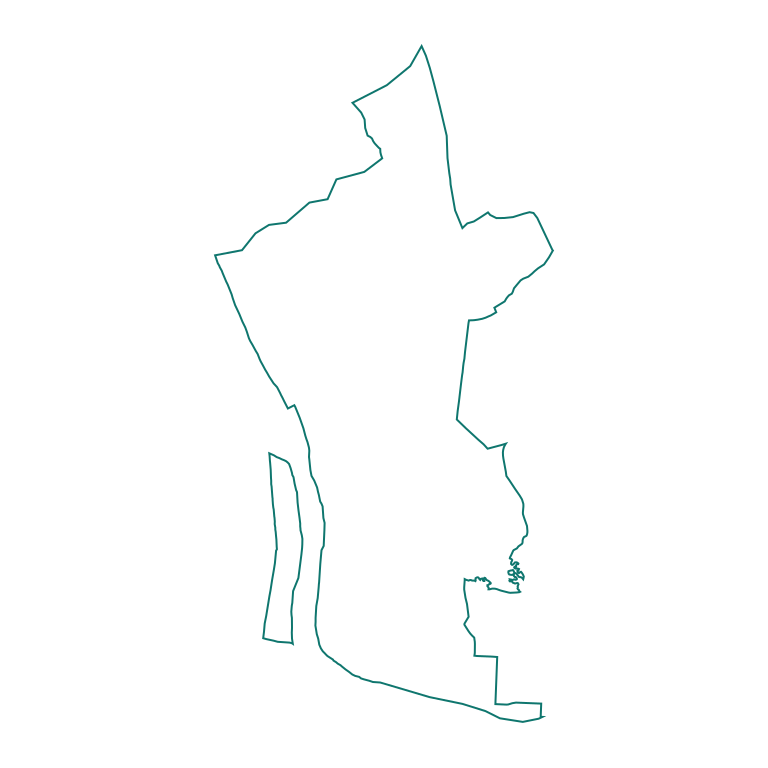 outline of Yangon (West), Yangon, Myanmar
{"feature_id": "60261553B21361013305345", "entity_name": "Yangon (West)", "entity_type": "district", "adm_level": 2, "iso_a3": "MMR", "parent_name": "Myanmar", "parent_adm1": "Yangon", "projection": "natural_earth1", "projection_center": [96.146, 16.837], "detail": "fine", "context": "isolated", "style": "outline", "palette": "teal", "viewbox_px": 768, "rotation_deg": 0, "n_neighbors": 0, "source": "geoboundaries", "source_scale": "gbopen_adm2", "svg_char_len": 6121}
<svg xmlns="http://www.w3.org/2000/svg" viewBox="0 0 768 768"><path d="M421.6,46.1L410.2,66.1L386.8,85.2L352.5,102.8L361.2,112.6L364.6,119.5L365.2,128.0L367.6,135.6L369.1,136.4L370.3,137.0L372.0,138.5L373.2,141.2L374.7,143.4L377.0,145.9L378.9,147.9L380.2,148.8L380.4,152.3L381.0,154.9L382.2,158.3L364.3,171.9L336.4,179.4L327.6,199.2L309.4,202.6L286.1,222.7L269.0,224.9L255.5,233.3L242.0,250.2L215.1,255.3L217.8,263.3L219.2,265.6L219.8,267.2L221.8,270.8L222.6,273.0L226.2,281.6L227.7,284.6L231.6,294.3L232.7,298.1L235.1,305.1L239.3,314.0L242.4,321.6L245.3,327.5L246.8,331.6L248.9,338.2L249.5,339.5L250.2,341.0L252.5,344.9L255.8,351.0L257.6,353.9L259.6,359.0L260.7,361.4L262.8,365.2L265.3,369.9L266.9,372.5L269.2,376.6L273.6,383.4L275.4,385.3L277.1,387.2L280.2,393.2L281.0,395.0L282.4,397.6L284.2,401.3L287.9,408.5L294.3,405.2L295.2,406.8L299.7,417.8L303.4,428.3L305.3,435.6L306.4,439.1L307.5,442.1L308.9,447.4L309.1,448.7L309.3,450.8L309.0,457.0L309.3,459.3L310.4,470.1L311.5,475.9L314.2,480.5L317.1,487.5L318.0,491.8L318.9,495.1L319.4,497.7L320.2,501.6L321.4,503.5L322.6,506.4L323.4,518.0L324.6,522.9L324.4,530.3L323.7,545.9L321.5,550.2L320.3,563.8L319.1,582.4L318.9,584.0L318.7,586.9L317.7,598.1L316.3,606.0L315.6,617.8L315.6,621.9L315.4,625.5L316.8,634.2L318.2,638.6L319.3,644.7L320.9,648.4L322.8,651.3L324.8,653.3L325.8,654.4L327.4,656.0L333.0,659.6L333.5,660.6L336.1,662.2L337.7,663.6L340.5,665.2L341.8,666.4L345.5,669.4L349.2,672.0L352.3,674.5L355.2,675.9L359.2,676.9L361.0,678.4L363.8,679.3L369.4,680.8L372.9,682.0L380.2,682.5L429.5,697.1L462.5,703.9L485.5,711.1L499.9,718.3L522.8,721.9L538.7,718.7L542.4,716.9L540.7,716.8L541.2,703.6L516.0,702.6L512.3,703.2L508.1,704.5L506.3,704.6L495.4,704.1L497.2,657.0L491.9,656.6L476.9,656.0L474.4,655.7L474.8,653.0L474.9,644.1L474.8,641.8L474.2,637.6L472.1,635.6L470.2,633.5L468.4,631.0L464.4,624.7L464.5,623.6L468.6,616.8L467.0,604.0L465.5,597.9L464.2,589.6L464.2,587.3L464.7,580.2L464.7,579.1L466.3,579.9L468.7,580.6L469.7,580.1L470.9,580.0L471.5,580.4L472.6,580.6L474.4,580.6L475.4,581.1L475.7,580.3L475.5,579.3L475.6,578.2L477.0,577.4L477.9,577.3L478.7,577.9L479.6,579.4L480.2,579.9L480.7,578.9L482.2,578.5L482.7,579.4L482.9,580.4L483.5,581.0L484.3,581.0L484.3,580.3L483.7,579.6L483.7,578.6L484.4,577.8L485.2,578.0L485.7,578.6L486.1,579.5L486.8,580.1L488.3,580.8L489.2,581.5L490.6,582.8L490.7,583.5L490.2,583.9L489.4,583.9L488.7,584.7L488.1,585.1L487.4,585.2L487.4,586.2L488.2,587.1L488.7,588.0L488.5,589.3L489.6,589.3L491.9,588.7L492.7,588.6L495.0,588.7L496.8,589.1L500.0,590.3L501.7,590.8L508.4,592.5L509.5,592.7L510.4,592.8L516.5,592.5L519.3,592.2L520.1,591.8L519.4,591.2L518.7,589.7L518.0,589.4L517.5,588.5L517.9,587.1L517.6,586.3L518.5,584.3L517.9,583.2L517.2,583.0L515.3,583.5L514.5,583.4L513.9,583.0L513.2,582.9L512.5,582.2L512.1,581.4L509.7,581.3L509.4,580.6L509.9,580.1L509.7,579.3L511.8,579.7L512.3,580.2L514.1,579.3L514.7,579.6L515.5,579.8L516.1,579.7L516.8,579.3L516.8,578.4L515.7,577.0L514.8,577.0L513.9,576.0L513.8,575.1L513.9,574.2L513.3,574.2L512.4,574.9L511.4,574.9L509.3,574.5L508.7,573.8L508.3,572.2L508.5,571.2L510.7,570.5L512.2,570.3L512.9,570.0L513.7,571.1L514.1,572.0L514.3,573.5L514.9,573.1L515.6,573.1L516.7,574.0L517.8,575.5L519.1,577.0L520.1,577.2L520.7,577.1L521.2,577.4L522.0,577.8L523.2,579.3L523.4,578.6L523.8,576.6L523.2,575.1L522.8,574.3L521.7,572.6L521.0,571.8L520.3,572.0L519.6,572.7L518.9,573.1L518.3,572.7L517.6,571.8L517.4,570.9L518.4,570.5L518.8,569.6L519.0,569.0L518.3,568.7L515.5,568.6L514.7,568.2L514.2,567.4L514.6,566.8L515.4,566.5L516.1,566.5L516.0,565.4L516.8,564.4L517.6,564.0L518.2,564.1L518.4,563.5L517.7,562.9L516.8,562.4L515.9,562.3L514.8,562.5L514.1,563.5L512.8,564.7L512.1,564.9L511.1,564.0L511.1,563.0L511.4,561.8L512.0,560.8L512.2,560.0L511.7,559.3L511.1,558.9L510.3,558.7L509.8,558.4L510.0,557.4L511.1,555.3L513.2,550.7L513.7,550.1L516.9,548.4L518.4,546.4L521.9,543.9L522.4,543.1L522.6,542.0L522.6,540.5L522.9,539.2L523.6,537.6L524.2,536.9L526.0,536.1L526.6,535.6L527.1,534.1L527.4,532.3L527.4,530.7L527.0,526.0L524.0,517.5L523.0,514.3L522.9,513.2L522.9,512.2L523.4,506.7L523.4,504.8L523.3,503.7L522.2,500.1L521.8,499.1L521.2,498.1L519.7,495.6L515.2,489.1L509.4,480.3L506.4,476.0L505.8,471.6L503.4,458.6L503.0,455.6L502.9,452.3L503.2,449.9L503.9,447.2L505.2,444.6L505.8,443.7L501.2,445.1L487.6,448.7L483.6,444.3L478.3,439.7L465.7,428.1L456.8,419.5L457.7,410.8L459.0,401.2L461.0,384.1L462.1,375.3L462.6,372.3L463.2,366.0L463.6,362.9L464.4,358.7L465.0,352.2L468.5,323.1L469.0,320.4L473.9,320.2L477.7,319.7L482.2,318.8L485.6,317.7L488.7,316.3L490.7,315.5L496.2,312.3L494.4,307.7L504.7,301.4L506.3,298.6L507.5,297.0L509.0,295.3L511.8,293.7L512.8,291.8L514.0,288.3L516.8,284.9L520.6,280.4L523.2,278.7L528.3,276.7L532.1,273.6L534.6,271.2L538.1,268.3L544.1,264.4L549.0,257.3L552.9,250.5L552.4,250.0L537.3,218.0L533.5,213.0L529.6,212.2L523.8,213.7L513.0,217.1L504.2,218.0L496.4,218.1L490.2,215.0L488.0,212.4L479.9,217.7L473.8,221.5L467.3,223.4L462.4,228.1L456.9,214.7L455.1,210.4L450.6,184.5L450.2,178.8L449.3,173.2L447.5,158.1L446.7,135.8L439.8,106.4L433.4,81.2L429.8,67.9L425.9,55.7L421.6,46.1ZM292.8,643.8L292.5,641.9L292.0,638.5L291.8,632.6L292.0,627.9L291.9,617.9L291.5,615.0L291.3,611.6L291.8,605.7L292.3,602.9L293.1,591.1L298.4,578.0L301.4,554.5L302.1,548.0L302.3,544.4L302.4,538.9L301.8,535.2L300.5,530.2L300.5,529.1L300.2,526.4L300.2,523.4L299.5,517.7L298.5,510.4L297.6,502.6L297.0,492.1L296.1,490.0L294.6,483.6L293.5,477.1L292.3,475.0L292.0,473.0L290.6,468.1L289.1,464.0L287.7,462.5L286.1,461.2L284.1,460.2L281.8,459.3L279.4,458.1L276.7,457.1L273.9,455.3L269.3,453.3L269.6,456.1L269.9,460.7L270.1,462.6L270.7,469.8L271.0,478.1L271.2,480.7L271.2,484.2L271.6,486.5L272.4,497.2L272.6,498.5L272.6,499.7L272.9,504.1L273.3,507.6L273.7,509.5L274.3,516.6L274.5,517.7L274.8,521.5L274.7,524.1L275.3,527.7L275.3,529.5L275.7,532.0L276.0,535.6L276.4,539.6L276.7,546.6L276.9,549.3L276.1,550.6L274.9,563.3L273.8,570.2L272.1,580.0L270.5,590.4L269.4,596.3L266.2,616.0L264.7,623.5L264.0,631.7L263.2,638.2L266.3,639.1L273.7,640.7L277.7,641.8L289.6,642.6L291.9,643.2L292.8,643.8Z" fill="none" stroke="#0f766e" stroke-width="2"/></svg>